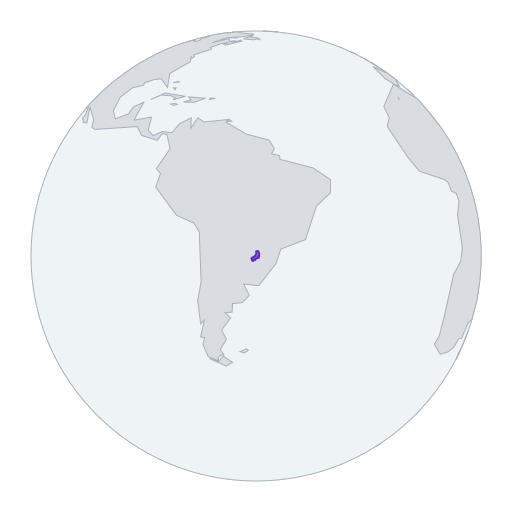 Misiones on an orthographic globe
{"feature_id": "ARG-1312", "entity_name": "Misiones", "entity_type": "Province", "adm_level": 1, "iso_a3": "ARG", "parent_name": "Argentina", "parent_adm1": "", "projection": "orthographic", "projection_center": [-54.653, -26.821], "detail": "fine", "context": "on_globe", "style": "filled", "palette": "violet", "viewbox_px": 512, "rotation_deg": 0, "n_neighbors": 0, "source": "natural_earth", "source_scale": "10m", "svg_char_len": 5529}
<svg xmlns="http://www.w3.org/2000/svg" viewBox="0 0 512 512"><circle cx="256" cy="256" r="225" fill="#eef3f6" stroke="#a8b0b8"/><path d="M181.2,43.5L196.3,39.5L193.9,40.9L195.8,41.7L200.4,39.9L200.6,38.8L209.7,36.3L208.8,35.9L212.4,35.0L213.4,34.8L223.7,33.1L227.9,32.5L226.6,33.0L229.3,32.9L236.8,31.8L240.5,32.8L253.4,34.1L253.5,34.9L242.5,36.7L226.7,37.8L212.3,42.7L229.4,38.5L229.4,41.5L232.7,41.9L237.2,41.4L240.3,40.0L241.9,41.1L225.7,45.1L223.9,44.1L229.1,42.6L221.6,43.5L210.7,47.3L211.5,49.2L194.1,54.8L194.5,56.5L190.9,59.0L191.4,55.8L190.1,61.9L169.7,73.6L167.5,87.5L161.2,78.7L153.8,79.7L144.4,82.9L143.8,85.1L132.3,87.9L120.3,97.2L113.4,110.8L115.4,118.8L128.4,113.9L133.5,106.8L143.7,102.3L134.0,120.2L151.4,117.1L148.3,130.2L153.1,135.6L162.4,131.5L171.9,132.7L179.5,123.8L191.3,117.8L190.8,128.3L197.9,117.8L204.1,122.0L228.1,119.5L226.1,122.1L246.2,134.1L269.1,140.1L274.4,148.6L271.5,153.8L279.7,155.7L279.8,159.3L313.0,167.9L330.6,179.7L330.4,192.8L316.4,206.2L305.5,239.5L280.9,249.1L275.9,263.7L258.7,285.7L243.7,284.0L249.3,295.5L242.0,302.7L232.5,303.6L232.1,312.1L225.1,312.7L230.6,318.0L221.5,330.1L226.5,339.2L220.3,349.4L223.9,354.8L220.8,354.9L218.1,357.5L218.6,360.7L208.2,356.6L202.8,344.3L204.7,337.5L200.6,337.0L204.4,320.1L200.7,323.9L197.7,300.8L201.1,281.6L199.3,231.8L193.8,223.1L176.6,215.3L155.7,187.1L160.5,173.4L156.3,168.6L170.1,148.8L167.0,134.7L162.3,133.7L157.2,140.3L141.7,135.5L137.1,126.6L94.9,129.4L91.8,127.1L93.7,119.7L90.0,107.0L86.8,123.0L83.4,122.3L82.6,118.0L85.5,114.6L88.3,107.2L86.7,107.7L89.9,103.8L101.0,92.5L112.8,82.1L125.4,72.5L138.5,63.8L152.3,56.0L166.5,49.2L181.2,43.5ZM165.3,93.0L185.4,96.4L172.9,99.8L175.4,97.8L170.6,95.7L161.1,95.1L150.5,99.6L165.3,93.0ZM176.7,82.5L173.2,82.7L176.8,81.9L176.7,82.5ZM226.3,366.1L209.4,358.5L218.6,361.6L223.0,355.9L232.5,362.3L226.3,366.1ZM240.1,351.7L246.4,348.8L248.4,350.3L244.6,352.8L240.1,351.7ZM398.1,81.2L395.2,79.1L399.4,86.3L394.2,84.3L385.1,78.6L373.0,66.5L385.8,72.6L381.7,69.3L370.0,61.9L374.9,64.7L371.8,62.7L372.4,63.1L385.5,71.7L398.1,81.2ZM477.4,297.8L476.4,302.5L471.7,319.8L468.0,323.1L461.6,338.3L458.7,338.8L454.1,346.8L448.0,351.9L440.3,354.2L434.3,344.3L439.2,336.1L444.3,316.4L453.6,274.5L460.7,261.2L462.4,248.1L457.5,214.5L459.0,201.4L456.3,193.5L451.6,191.2L447.9,182.0L444.5,179.6L419.4,171.2L408.4,158.1L387.2,126.4L389.3,117.9L383.8,106.4L393.4,84.1L402.1,89.6L417.2,98.8L420.3,101.9L425.7,108.5L440.4,126.5L449.3,140.3L457.2,154.6L464.0,169.4L469.7,184.8L474.3,200.5L477.8,216.4L480.1,232.6L481.2,249.0L481.1,265.3L479.8,281.6L477.4,297.8ZM397.9,97.1L399.5,100.1L397.9,97.1ZM228.9,119.4L231.7,121.2L227.8,121.5L228.9,119.4ZM170.6,104.0L175.1,103.3L177.3,104.3L173.7,105.4L170.6,104.0ZM210.0,98.0L215.4,98.3L209.5,99.7L210.0,98.0ZM188.7,96.9L205.6,98.2L194.1,102.4L183.5,102.0L191.2,99.9L188.7,96.9ZM173.5,87.8L176.2,87.8L175.0,89.6L173.5,87.8ZM179.4,81.9L178.3,82.3L177.2,81.3L179.4,81.9ZM230.4,41.3L231.7,41.0L236.1,40.8L233.6,41.5L230.4,41.3ZM258.3,38.1L260.3,40.0L257.1,38.8L254.0,39.8L243.4,38.9L253.0,35.3L250.6,36.9L258.3,38.1ZM232.0,37.6L237.6,38.0L231.1,37.7L232.0,37.6ZM356.8,54.5L353.9,53.3L349.8,51.2L350.0,51.3L356.8,54.5ZM368.3,60.7L364.7,58.8L365.4,59.1L368.3,60.7ZM362.7,57.6L361.3,56.8L361.2,56.8L362.7,57.6ZM233.6,31.8L234.8,31.7L232.3,32.0L233.6,31.8ZM277.2,31.7L278.0,32.0L268.2,31.2L262.5,30.8L277.2,31.7ZM408.6,90.3L413.4,94.9L411.7,93.3L407.4,89.2L408.1,89.8L408.6,90.3ZM380.0,444.0L375.4,447.0L377.5,445.6L380.0,444.0ZM458.4,354.9L456.0,359.5L457.8,354.9L462.8,344.5L468.7,330.1L458.4,354.9Z" fill="#d9dde1" stroke="#a8b0b8" stroke-width="1"/><path d="M256.2,251.4L256.2,251.2L256.3,251.1L256.5,251.2L256.6,251.3L256.7,251.5L256.8,251.5L256.8,251.4L256.9,251.2L257.0,251.1L257.3,251.0L257.5,251.1L257.6,250.9L257.8,250.9L257.9,251.0L258.0,251.2L258.3,251.1L258.4,251.3L258.5,251.4L258.7,251.6L258.7,251.8L258.8,251.8L258.9,252.0L258.9,252.3L258.9,252.5L259.0,252.8L259.2,253.0L259.2,253.3L259.4,253.5L259.5,253.6L259.5,253.8L259.3,254.1L259.3,254.3L259.3,254.6L259.3,254.8L259.2,254.8L259.3,255.0L259.3,254.9L259.2,255.0L259.2,255.4L259.2,255.5L259.2,255.8L259.3,256.0L259.3,256.3L259.3,256.5L259.1,256.8L259.0,257.0L258.9,257.1L258.9,257.3L258.7,257.2L258.6,257.3L258.4,257.3L258.4,257.5L258.3,257.4L258.2,257.5L258.0,257.8L257.8,257.8L257.7,257.8L257.7,257.7L257.5,258.0L257.4,258.2L257.4,258.3L257.2,258.4L257.0,258.5L257.0,258.4L256.9,258.3L256.7,258.3L256.7,258.5L256.4,258.6L256.2,258.5L256.0,258.8L256.0,258.7L255.9,258.7L255.9,258.8L255.7,258.9L255.4,258.8L255.4,259.0L255.2,259.1L255.2,259.3L255.1,259.5L254.8,259.8L254.7,259.8L254.6,259.7L254.5,259.8L254.7,260.0L254.4,260.0L254.2,260.1L253.9,260.3L253.7,260.3L253.6,260.5L253.4,260.7L253.3,260.9L253.3,261.0L253.2,261.0L253.1,260.9L253.0,261.0L252.9,261.1L252.7,261.1L252.3,261.0L252.2,260.9L252.1,260.7L251.9,260.4L251.9,260.1L251.8,259.8L251.8,259.7L251.2,258.5L251.2,258.4L251.3,258.1L251.5,258.0L251.8,258.3L252.2,258.5L252.3,258.4L252.4,258.2L252.5,258.1L252.8,257.9L252.7,257.8L252.8,257.7L252.7,257.4L252.8,257.4L252.9,257.2L253.0,257.1L253.2,256.9L253.3,256.7L253.5,256.6L253.8,256.5L254.0,256.5L254.3,256.5L254.4,256.4L254.3,256.2L254.6,255.9L254.8,255.9L255.0,255.8L255.0,255.7L255.1,255.4L255.4,255.3L255.5,255.4L255.5,255.2L255.5,254.9L255.6,254.7L255.8,254.5L255.9,254.4L255.9,254.2L256.0,254.0L256.0,253.8L256.0,253.7L256.0,253.4L256.0,253.1L256.0,252.9L256.0,252.7L256.1,252.3L256.2,252.2L256.1,251.9L256.0,251.5L256.0,251.4L256.2,251.4Z" fill="#8b5cf6" stroke="#5b21b6" stroke-width="1.5"/></svg>